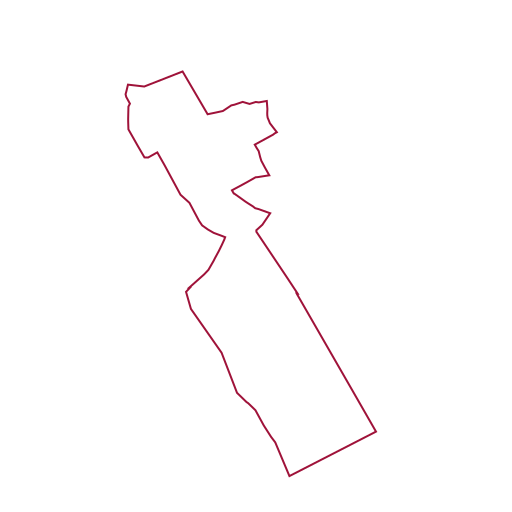 the district of New Cairo-1, Al Qahirah, Egypt, rotated 62°
{"feature_id": "37247803B99181648743437", "entity_name": "New Cairo-1", "entity_type": "district", "adm_level": 2, "iso_a3": "EGY", "parent_name": "Egypt", "parent_adm1": "Al Qahirah", "projection": "orthographic", "projection_center": [31.499, 30.025], "detail": "fine", "context": "isolated", "style": "outline", "palette": "rose", "viewbox_px": 512, "rotation_deg": 62, "n_neighbors": 0, "source": "geoboundaries", "source_scale": "gbopen_adm2", "svg_char_len": 1436}
<svg xmlns="http://www.w3.org/2000/svg" viewBox="0 0 512 512"><g transform="rotate(62 256 256)"><path d="M44.6,288.6L49.7,293.1L51.9,295.2L54.6,295.9L62.3,295.8L64.2,298.5L74.9,304.5L77.4,305.8L84.3,309.2L103.0,308.7L116.6,308.2L118.4,305.0L118.2,296.4L118.2,294.5L133.4,294.1L166.5,293.9L177.8,289.8L198.0,289.8L203.7,289.2L209.9,286.1L215.7,282.5L222.1,276.8L224.9,274.4L226.7,276.4L230.2,281.0L234.1,286.4L238.6,293.2L240.3,295.6L245.9,304.5L247.9,310.5L252.6,329.9L253.0,329.3L254.8,334.6L272.2,338.3L325.3,331.8L367.9,337.0L380.4,333.0L382.3,332.0L391.9,328.9L401.6,328.8L409.3,328.7L422.8,327.6L429.6,326.5L466.0,329.8L467.4,232.5L414.4,234.2L309.1,237.7L308.3,237.7L308.8,236.9L288.7,238.8L236.5,244.1L234.8,244.3L233.4,243.6L231.4,235.7L224.9,223.4L223.6,224.6L215.7,231.8L213.4,234.3L210.8,235.4L205.9,238.2L203.0,239.8L198.1,242.2L190.1,246.2L190.1,246.3L186.7,246.4L186.6,229.5L186.3,219.4L187.1,217.6L189.9,209.5L191.0,206.4L181.8,206.6L174.4,206.6L170.7,205.9L164.7,204.4L160.7,204.7L157.1,204.8L156.9,186.4L156.9,184.2L156.5,181.8L156.5,179.5L149.5,180.7L145.3,181.4L142.8,181.1L139.4,180.8L137.1,180.0L136.5,179.7L135.1,179.0L131.5,176.9L124.2,173.7L121.7,181.4L119.9,183.9L118.7,190.3L113.7,195.4L112.3,203.9L111.4,207.2L111.5,207.8L112.4,216.8L112.4,217.2L112.4,217.3L110.1,225.4L109.1,228.8L108.1,232.2L107.3,232.2L58.6,234.2L54.7,268.1L53.9,275.1L44.6,288.6Z" fill="none" stroke="#9f1239" stroke-width="2"/></g></svg>